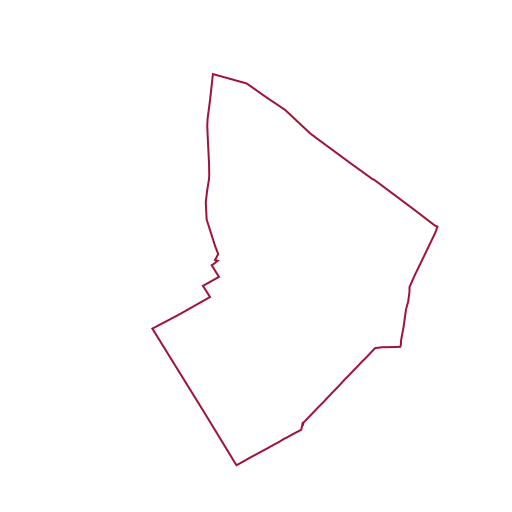 the district of Dorobanti, Arad, Romania, rotated 228°
{"feature_id": "2599482B12324082496079", "entity_name": "Dorobanti", "entity_type": "district", "adm_level": 2, "iso_a3": "ROU", "parent_name": "Romania", "parent_adm1": "Arad", "projection": "natural_earth1", "projection_center": [21.224, 46.354], "detail": "fine", "context": "isolated", "style": "outline", "palette": "rose", "viewbox_px": 512, "rotation_deg": 228, "n_neighbors": 0, "source": "geoboundaries", "source_scale": "gbopen_adm2", "svg_char_len": 1309}
<svg xmlns="http://www.w3.org/2000/svg" viewBox="0 0 512 512"><g transform="rotate(228 256 256)"><path d="M162.2,408.7L187.3,404.0L233.6,394.8L235.2,394.0L262.2,388.2L301.1,380.2L310.7,378.3L320.2,377.5L335.4,376.2L341.8,375.7L345.0,375.4L351.5,373.8L362.8,370.9L369.4,369.3L389.8,364.7L391.1,364.1L420.0,345.7L402.9,326.5L390.5,312.0L385.6,307.1L375.7,298.9L355.8,282.7L346.9,274.9L344.5,272.4L337.0,263.1L329.5,254.6L327.3,252.8L317.2,244.6L316.9,244.4L316.3,243.8L290.6,232.2L282.7,229.2L280.5,222.9L278.1,224.3L278.4,219.8L278.5,218.5L278.8,216.9L265.3,214.5L269.3,196.6L256.3,194.4L263.9,160.0L271.4,130.4L172.3,112.5L116.5,102.0L113.6,101.5L113.0,103.9L111.5,110.3L110.2,116.5L108.6,122.9L107.1,129.2L105.5,135.6L103.9,142.7L102.5,148.2L101.3,154.9L100.7,156.4L99.8,160.5L98.2,167.1L96.6,173.3L100.3,178.5L99.6,178.5L100.4,179.5L100.5,180.7L101.1,189.6L101.5,195.0L101.9,200.3L102.3,208.2L102.9,214.8L103.4,221.1L103.8,227.7L104.3,233.9L105.0,240.7L105.1,244.4L105.6,250.8L106.0,257.3L106.6,263.9L106.8,270.1L107.4,276.6L107.8,283.0L103.7,288.8L99.2,293.9L92.0,302.4L93.1,304.3L96.2,307.3L98.1,309.8L104.3,317.9L115.9,331.7L120.3,338.6L126.7,346.1L130.2,349.3L135.4,360.9L143.4,380.6L153.1,404.2L154.7,407.4L156.4,410.5L158.7,409.4L162.2,408.7Z" fill="none" stroke="#9f1239" stroke-width="2"/></g></svg>